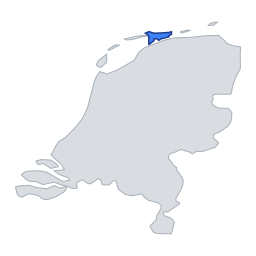 Ameland, Netherlands (highlighted)
{"feature_id": "6326949B94267238588526", "entity_name": "Ameland", "entity_type": "district", "adm_level": 2, "iso_a3": "NLD", "parent_name": "Netherlands", "parent_adm1": "", "projection": "equal_earth", "projection_center": [5.771, 53.406], "detail": "fine", "context": "in_parent", "style": "filled", "palette": "blue", "viewbox_px": 256, "rotation_deg": 0, "n_neighbors": 0, "source": "geoboundaries", "source_scale": "gbopen_adm2", "svg_char_len": 3234}
<svg xmlns="http://www.w3.org/2000/svg" viewBox="0 0 256 256"><path d="M171.2,233.9L165.2,233.7L159.5,233.6L156.6,233.2L153.4,232.1L151.9,229.7L150.2,226.9L150.7,225.2L155.9,220.2L156.7,218.9L156.2,218.2L156.7,216.0L160.8,208.7L161.3,205.8L159.5,203.7L156.9,202.5L148.4,200.3L144.4,197.3L142.5,194.6L140.6,193.9L137.9,194.8L130.8,195.8L125.1,194.3L118.4,189.3L116.9,184.8L116.1,181.3L114.4,180.2L112.1,181.9L109.3,184.7L103.6,185.1L102.0,184.4L101.7,182.9L101.4,181.4L99.9,179.5L98.2,178.5L91.0,183.7L88.4,183.7L85.0,181.7L83.4,179.7L79.7,180.8L76.3,183.2L77.4,187.7L75.6,188.6L71.6,188.2L67.0,186.3L61.8,185.2L54.1,182.1L43.2,184.6L35.7,181.6L29.4,181.3L25.5,178.9L21.4,174.8L24.4,172.2L27.3,171.2L38.8,170.7L47.1,172.3L62.0,181.1L65.8,181.1L69.9,180.0L67.8,177.6L64.1,176.4L58.5,174.1L54.1,170.7L64.6,169.7L63.2,167.9L61.8,165.0L50.9,154.8L52.8,152.1L55.7,146.1L59.2,141.2L61.9,139.9L66.5,136.4L76.4,126.3L82.7,118.0L87.4,108.2L94.4,81.3L96.4,76.8L99.7,71.7L103.8,72.7L106.6,74.1L116.7,70.3L134.0,60.4L139.1,51.9L144.1,47.9L163.9,40.2L174.8,37.9L191.7,37.3L203.9,35.9L218.5,35.4L224.1,40.2L227.3,43.7L232.6,45.6L240.6,47.0L240.2,53.8L240.4,67.5L239.8,69.9L236.3,75.7L232.5,86.1L231.5,92.9L230.4,94.2L214.9,94.2L212.8,95.4L212.5,96.8L213.2,98.6L212.9,100.4L211.7,101.8L212.4,104.1L215.1,106.6L220.0,108.2L225.2,108.4L227.9,108.1L229.9,109.9L231.8,112.8L231.7,116.4L231.0,121.2L228.5,125.6L221.4,130.8L218.2,132.6L215.2,133.5L213.8,134.9L213.2,136.6L213.3,138.1L218.4,142.3L218.3,143.2L216.9,145.4L214.9,147.4L201.8,151.6L196.4,151.3L193.3,153.4L192.3,153.8L188.8,151.8L181.2,149.6L178.3,150.4L176.7,151.6L171.9,153.1L168.4,155.4L168.4,158.4L174.5,166.1L176.7,167.6L176.8,170.5L179.8,174.1L182.8,178.7L183.2,181.6L182.8,184.5L181.3,188.7L176.0,198.4L175.9,200.3L176.4,201.7L178.2,202.1L179.6,202.8L179.2,204.1L169.2,210.9L167.9,212.1L163.7,211.8L163.1,212.9L163.7,214.7L165.3,216.3L168.9,217.2L171.9,218.9L174.4,222.3L171.2,233.9ZM67.0,186.3L66.1,189.1L63.8,192.2L55.9,196.7L47.7,199.6L43.5,199.3L40.7,197.7L39.1,196.1L34.8,194.6L28.8,193.8L25.1,195.5L22.4,197.1L20.1,196.8L18.3,195.5L17.0,193.4L15.4,187.0L19.8,185.8L29.5,185.3L36.9,187.6L46.8,188.7L54.3,185.6L60.2,188.2L67.0,186.3ZM51.0,160.1L56.7,164.1L57.9,165.4L58.3,166.8L51.0,168.4L43.3,163.5L38.2,164.6L36.3,162.3L36.2,160.8L41.6,159.6L51.0,160.1ZM106.6,62.3L100.8,67.5L97.3,66.0L96.3,64.8L98.1,60.8L106.7,54.1L106.6,62.3ZM132.2,39.5L126.8,40.0L124.4,39.0L137.4,36.1L145.6,35.3L147.1,35.7L132.2,39.5ZM167.1,34.2L155.7,35.3L151.9,34.4L151.2,33.6L154.3,33.1L164.1,33.0L167.1,33.7L167.1,34.2ZM119.6,45.1L108.9,50.4L107.9,49.6L114.9,44.9L119.6,45.1ZM213.7,25.2L208.3,25.5L209.9,23.6L214.8,22.1L217.5,22.1L213.7,25.2ZM190.5,30.4L182.4,32.9L180.4,32.3L180.9,31.6L188.0,30.1L190.5,30.4Z" fill="#d9dde1" stroke="#a8b0b8" stroke-width="1"/><path d="M154.0,40.7L154.0,38.8L156.6,38.8L158.4,40.1L159.2,40.1L161.0,38.8L163.6,38.2L164.0,38.1L166.2,37.5L168.8,36.9L168.9,36.3L168.9,35.6L170.8,34.6L171.5,34.3L171.5,33.0L171.5,31.7L168.9,32.4L167.5,32.5L161.9,33.0L154.1,33.3L153.9,33.2L148.9,31.6L145.4,33.2L147.1,34.2L148.2,35.9L148.3,36.0L148.8,36.8L148.8,38.7L148.8,40.6L148.8,42.4L148.8,44.3L149.6,44.0L150.5,43.3L154.0,40.7Z" fill="#3b82f6" stroke="#1e3a8a" stroke-width="1.5"/></svg>